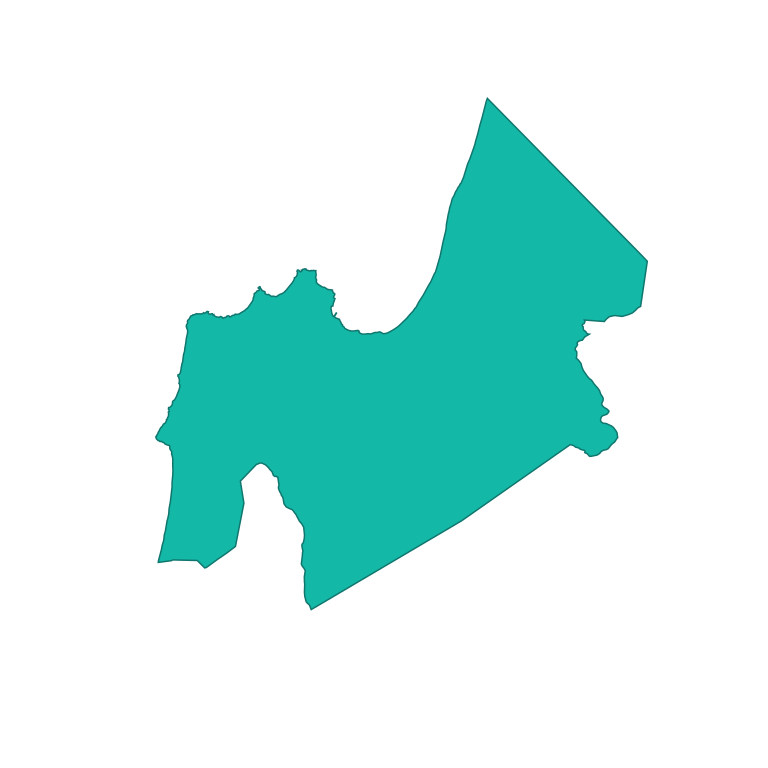 Paita, Piura, Peru (Mercator projection), rotated 56°
{"feature_id": "86281439B31634859634019", "entity_name": "Paita", "entity_type": "district", "adm_level": 2, "iso_a3": "PER", "parent_name": "Peru", "parent_adm1": "Piura", "projection": "mercator", "projection_center": [-81.063, -5.08], "detail": "fine", "context": "isolated", "style": "filled", "palette": "teal", "viewbox_px": 768, "rotation_deg": 56, "n_neighbors": 0, "source": "geoboundaries", "source_scale": "gbopen_adm2", "svg_char_len": 6168}
<svg xmlns="http://www.w3.org/2000/svg" viewBox="0 0 768 768"><g transform="rotate(56 384 384)"><path d="M530.3,570.5L540.8,396.0L538.4,263.5L540.6,261.6L541.9,260.9L543.3,260.6L545.8,258.4L547.3,258.0L548.7,257.1L551.1,255.0L551.8,254.9L552.4,255.1L553.1,255.9L553.5,255.8L555.4,254.5L558.6,254.1L559.0,253.9L559.7,252.9L562.0,247.3L562.2,245.6L562.1,243.8L561.4,241.7L561.6,239.1L562.7,236.5L563.0,234.3L561.4,229.3L561.0,225.0L559.2,220.9L559.2,220.3L554.8,218.1L552.5,217.9L548.3,218.1L546.0,218.9L541.0,221.9L538.9,224.4L536.8,225.1L535.8,225.0L534.3,224.2L532.7,221.9L532.6,220.3L533.7,216.2L533.1,213.8L532.6,212.9L532.0,212.6L529.3,213.2L527.2,214.3L525.4,214.9L523.7,215.1L522.4,214.7L521.6,214.0L520.1,211.5L518.6,210.4L516.8,210.0L513.6,210.0L509.8,209.0L506.9,209.1L501.5,209.8L496.9,209.8L494.4,210.7L491.4,211.1L484.4,211.2L480.8,210.5L477.1,209.2L473.4,209.4L471.5,209.7L470.3,210.2L468.9,208.9L466.2,206.9L465.0,206.2L462.3,206.3L461.7,205.8L461.2,205.2L460.0,202.2L459.5,201.5L458.3,201.3L457.7,200.5L457.4,199.5L457.7,196.8L458.6,195.1L457.2,191.2L457.5,185.9L456.3,187.2L454.5,187.6L453.4,187.4L451.1,188.3L449.8,188.0L447.7,186.8L446.7,187.1L446.2,186.9L445.6,185.9L445.8,184.4L445.6,183.9L444.5,182.4L443.0,182.1L455.4,166.4L454.5,163.1L454.2,159.5L455.8,155.4L456.4,154.2L461.2,148.7L463.1,142.7L464.0,138.2L463.6,134.6L462.9,131.4L462.9,129.7L463.2,127.9L429.5,97.1L421.7,98.4L205.0,138.6L206.9,141.2L218.1,153.8L223.0,159.7L228.8,166.1L234.0,172.3L236.4,174.9L245.0,186.4L248.4,191.7L257.1,202.4L260.7,208.0L260.7,208.9L261.7,210.5L262.7,213.3L263.9,215.1L264.2,216.2L265.6,218.6L266.9,220.4L268.4,223.5L270.0,225.5L271.9,227.5L274.6,231.0L276.8,233.1L278.8,235.4L286.9,243.3L289.2,245.0L291.4,247.0L298.5,254.8L309.5,266.1L320.0,278.7L320.9,280.8L325.5,288.2L327.2,292.0L332.4,302.0L335.5,309.4L338.3,314.4L338.6,316.1L339.9,319.3L340.9,323.8L342.3,328.6L344.0,338.4L344.3,341.0L344.3,345.9L343.8,351.4L343.5,353.1L342.2,356.1L341.0,357.0L338.5,358.2L337.1,361.5L336.2,362.7L335.0,367.2L333.4,369.0L332.1,371.7L330.3,374.3L329.2,375.0L327.7,375.7L327.2,375.8L326.3,375.1L325.3,375.4L324.7,376.2L323.0,379.7L322.1,381.1L319.7,383.4L316.1,385.4L313.9,385.3L312.7,385.9L312.3,385.8L311.7,385.3L310.3,385.7L309.8,385.4L305.8,385.0L305.5,384.7L302.5,386.9L300.5,387.7L298.7,383.8L298.4,383.9L300.1,387.9L298.8,388.3L296.1,387.7L291.3,385.5L290.0,384.0L290.8,382.9L287.9,380.0L288.0,379.8L285.8,376.9L285.1,377.3L284.2,377.4L283.6,377.1L282.6,375.2L281.8,374.4L279.9,374.9L278.0,374.8L277.4,374.2L276.7,374.8L274.1,377.8L270.5,379.3L269.8,380.4L268.6,381.1L264.4,382.9L262.2,383.2L261.4,383.0L260.1,381.7L257.5,381.2L255.9,379.4L252.6,377.7L251.9,377.1L251.3,378.1L250.4,378.8L249.8,380.5L249.2,380.8L248.7,382.5L247.3,383.5L246.3,384.6L246.0,384.7L245.1,384.3L244.6,384.7L244.1,385.7L244.1,386.3L243.5,387.0L244.1,388.4L243.5,388.8L244.5,389.5L244.5,390.1L243.5,390.9L242.5,390.9L241.3,391.6L241.2,392.2L241.8,393.1L242.2,393.2L242.6,393.0L242.9,393.0L244.0,394.3L245.0,394.8L246.0,397.2L245.9,399.1L246.8,399.5L248.1,401.9L248.8,403.6L251.6,412.9L252.1,415.6L252.1,417.8L251.4,420.4L251.4,424.2L251.0,425.0L249.2,426.7L248.4,428.3L245.2,429.6L244.8,430.5L243.9,431.5L242.8,432.0L242.3,432.0L241.4,431.2L240.8,431.1L238.2,433.0L237.1,432.6L236.0,432.9L234.2,432.4L233.8,432.6L233.7,433.1L234.0,434.6L235.4,434.2L236.0,434.5L236.5,435.2L236.5,435.6L236.0,436.3L235.9,437.2L236.4,438.3L236.5,440.9L236.8,441.4L237.5,441.7L238.9,443.1L239.7,444.5L241.0,445.4L242.0,447.3L244.4,453.6L244.8,454.9L244.8,456.2L245.2,458.7L244.9,463.1L245.0,464.9L244.0,467.1L242.9,468.2L242.9,468.6L243.3,469.4L242.4,471.3L242.5,473.8L242.1,474.3L240.8,474.5L239.9,475.9L239.9,476.6L240.3,477.9L239.6,479.3L239.5,480.6L238.3,480.8L236.7,481.6L236.6,482.1L236.7,483.1L235.1,485.0L233.5,486.2L232.4,486.5L231.3,486.2L231.2,487.2L229.8,487.0L229.2,488.1L228.7,489.7L226.7,490.1L225.9,489.1L225.0,489.9L224.9,490.9L225.3,491.7L225.3,492.8L224.9,493.2L224.1,493.5L224.0,494.2L224.3,494.8L224.0,495.8L222.1,498.7L220.7,500.4L220.6,502.4L219.8,503.8L220.0,505.0L219.6,506.2L221.2,509.3L221.5,511.2L222.3,512.1L223.0,512.3L224.0,513.2L224.4,514.4L225.5,515.6L226.3,516.0L226.7,515.7L227.6,516.4L229.4,516.6L231.7,518.2L235.5,522.2L239.6,525.8L243.4,529.5L245.1,530.8L247.7,533.9L253.0,538.5L254.6,540.6L256.2,542.0L257.1,543.1L257.9,543.6L260.8,546.6L261.5,548.1L261.5,548.9L261.2,549.6L261.8,550.2L262.3,550.5L263.5,550.4L265.4,551.0L267.5,552.2L268.8,553.7L270.1,553.6L272.1,554.7L274.3,557.3L278.8,563.9L280.0,566.4L280.1,568.4L280.4,569.1L282.1,570.5L283.1,571.8L283.7,574.8L283.1,575.5L283.2,575.9L284.3,576.8L285.2,576.8L286.5,577.3L286.6,578.5L288.3,579.2L290.3,581.0L290.9,582.3L291.8,583.3L291.9,584.3L292.3,584.3L292.7,584.7L294.1,587.4L293.9,589.3L295.2,591.8L295.3,593.2L296.1,595.0L297.3,596.9L297.7,598.1L298.7,599.3L300.2,602.7L300.7,602.6L301.3,603.2L301.7,603.1L302.3,603.3L304.5,602.9L305.4,602.1L306.4,601.9L307.2,600.6L308.4,600.2L309.7,599.2L311.3,599.1L313.7,597.5L315.0,596.3L316.5,596.8L317.6,597.6L318.9,597.9L321.2,597.8L321.9,598.1L323.2,599.2L325.2,599.8L327.7,600.8L333.5,604.8L337.2,607.0L340.8,609.6L347.3,614.9L351.0,617.4L362.2,627.0L367.2,631.9L371.2,635.0L373.7,637.5L376.3,640.5L384.0,647.8L386.2,650.5L390.3,653.9L394.0,658.4L396.6,660.9L404.3,669.7L405.7,670.9L411.6,659.0L411.7,657.8L412.0,657.1L425.9,637.5L436.2,635.5L436.8,633.9L436.7,630.6L436.3,620.1L436.2,608.7L435.6,598.0L404.5,566.8L384.2,557.4L379.3,534.6L379.7,533.6L380.1,531.4L380.6,530.2L381.7,529.2L384.8,527.4L388.9,526.5L390.7,526.5L394.0,525.9L398.0,526.8L399.6,526.2L400.2,525.1L400.7,525.0L401.1,524.4L401.9,524.2L409.3,527.7L410.3,529.1L411.7,529.9L415.1,530.7L417.1,530.7L419.1,531.4L420.8,531.2L422.8,531.8L427.4,533.9L431.2,533.8L434.8,531.8L436.7,530.4L439.1,530.1L441.1,530.2L442.1,529.9L450.4,530.8L454.2,530.4L457.9,530.7L464.8,534.4L467.6,536.6L469.8,538.9L470.5,539.8L471.0,541.5L471.8,542.3L474.2,543.5L477.1,544.6L478.4,546.0L480.7,547.7L487.0,553.2L489.2,553.6L492.1,553.4L494.8,553.7L499.2,557.8L503.7,560.7L505.4,561.5L512.1,566.4L515.9,568.5L521.1,570.3L522.3,570.2L525.6,569.4L530.3,570.5Z" fill="#14b8a6" stroke="#0f766e" stroke-width="1.5"/></g></svg>